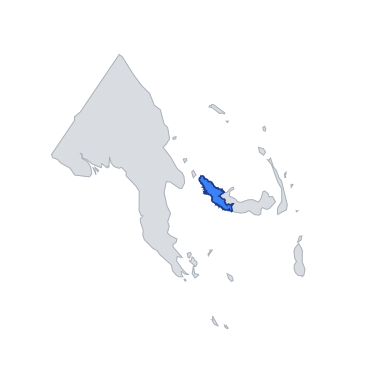 Kandrian/Gloucester District, West New Britain, Papua New Guinea (highlighted), rotated 35°
{"feature_id": "67681753B75341820849490", "entity_name": "Kandrian/Gloucester District", "entity_type": "district", "adm_level": 2, "iso_a3": "PNG", "parent_name": "Papua New Guinea", "parent_adm1": "West New Britain", "projection": "albers", "projection_center": [149.495, -5.876], "detail": "fine", "context": "in_parent", "style": "filled", "palette": "blue", "viewbox_px": 384, "rotation_deg": 35, "n_neighbors": 0, "source": "geoboundaries", "source_scale": "gbopen_adm2", "svg_char_len": 9117}
<svg xmlns="http://www.w3.org/2000/svg" viewBox="0 0 384 384"><g transform="rotate(35 192 192)"><path d="M55.4,241.9L54.8,200.8L52.6,197.8L54.6,190.4L53.5,121.0L57.5,121.3L76.7,129.4L89.6,133.7L100.8,135.6L111.3,142.5L118.9,142.8L130.3,152.4L134.9,153.0L143.0,161.1L143.5,167.7L142.6,171.9L154.8,175.8L166.5,181.4L172.9,181.9L176.4,183.9L180.7,188.7L181.6,195.1L179.1,196.3L168.2,196.3L165.1,198.4L169.5,208.5L179.4,217.7L186.8,221.9L189.1,230.3L192.8,232.9L195.3,239.5L199.1,240.2L206.6,239.1L207.8,241.9L206.7,246.1L207.8,247.8L221.5,251.3L216.9,253.5L219.0,257.3L228.0,260.6L233.5,261.9L236.9,261.5L233.0,263.4L229.5,262.8L228.8,263.4L230.3,265.0L233.2,266.7L230.1,268.9L227.2,269.2L221.6,267.8L216.8,263.6L201.8,261.8L196.6,260.0L192.5,260.6L180.3,258.4L176.4,255.5L173.7,251.1L166.5,245.8L164.8,243.2L165.5,239.7L163.5,240.3L159.4,237.7L148.3,221.6L142.6,219.3L128.7,216.6L126.7,213.4L120.1,212.3L118.7,214.4L113.4,215.9L108.9,214.4L104.3,210.5L109.7,219.4L107.8,219.4L108.7,220.8L107.7,221.0L101.9,220.5L103.7,224.2L94.2,226.4L87.1,225.8L83.7,226.7L82.3,226.6L80.4,223.9L77.8,224.5L80.0,224.5L82.8,227.6L88.7,227.1L94.5,229.4L99.5,234.7L99.3,238.4L86.2,245.4L78.5,242.5L67.3,243.5L63.3,242.4L58.3,243.8L55.4,241.9ZM255.1,149.7L257.9,151.6L260.7,149.6L266.0,152.1L264.9,161.0L263.2,163.5L258.7,164.4L258.1,165.7L261.0,170.9L259.8,172.8L255.9,174.8L249.4,174.5L247.7,178.1L244.1,181.3L230.1,187.7L214.9,188.2L209.9,184.2L204.7,184.9L197.7,180.3L191.8,178.4L190.6,176.6L190.7,174.3L192.4,173.0L202.9,173.2L209.5,175.0L218.3,173.9L220.7,172.5L221.6,166.8L223.0,164.4L224.5,165.5L222.7,169.9L224.8,173.9L231.0,172.8L235.0,173.7L238.0,172.5L242.4,166.3L246.0,163.5L252.3,162.1L252.2,157.5L250.0,151.2L250.9,149.4L255.1,149.7ZM331.4,196.2L330.6,198.3L330.1,197.6L326.9,199.4L323.3,198.8L320.0,196.7L317.6,193.1L317.5,189.0L314.0,187.2L309.4,181.9L308.5,178.5L308.9,172.9L315.6,176.2L322.4,186.1L328.9,190.5L331.4,196.2ZM279.5,152.4L275.0,161.3L272.2,157.6L271.1,155.0L270.9,148.2L263.7,138.0L256.3,134.5L241.3,123.9L235.3,122.2L236.8,121.7L236.8,119.1L244.2,124.7L248.8,126.0L255.0,130.3L259.2,131.8L277.4,147.8L279.5,152.4ZM159.2,108.1L173.5,108.4L173.7,109.6L171.8,109.8L169.4,111.9L160.9,111.3L157.1,112.5L156.9,110.9L158.3,110.5L158.0,108.9L159.2,108.1ZM231.0,245.0L233.6,246.5L235.8,246.3L237.5,248.1L237.7,250.9L236.8,251.6L236.2,250.7L229.3,250.1L230.6,248.5L229.3,245.2L231.0,245.0ZM229.5,120.8L224.5,120.7L220.7,117.3L225.7,115.6L229.4,117.2L229.5,120.8ZM241.1,257.5L244.4,255.7L245.1,256.3L243.9,260.7L238.9,258.8L235.6,251.7L241.1,257.5ZM267.6,238.8L273.0,238.1L275.6,240.0L276.4,240.7L275.8,242.6L271.3,241.8L267.6,238.8ZM279.9,281.8L290.1,286.7L286.3,287.5L283.1,286.2L282.7,285.0L281.4,285.4L282.1,284.6L279.9,281.8ZM184.9,179.6L180.3,175.9L180.6,173.4L185.4,175.6L184.9,179.6ZM227.7,247.7L226.3,247.8L223.3,245.2L225.1,242.4L227.2,243.4L227.7,247.7ZM307.4,172.7L305.5,166.7L307.2,164.9L308.9,168.7L307.4,172.7ZM169.1,172.3L165.9,170.0L168.3,167.8L169.7,168.9L169.1,172.3ZM217.1,100.2L215.3,100.6L213.0,98.7L213.6,96.5L216.3,97.9L217.1,100.2ZM148.2,157.7L146.4,159.8L145.1,158.2L147.2,155.8L148.2,157.7ZM241.9,227.8L242.0,234.9L240.6,233.5L241.2,230.5L239.8,229.7L241.9,227.8ZM100.6,230.2L103.7,233.1L96.3,228.5L100.6,230.2ZM103.3,229.5L99.2,228.3L98.4,227.4L103.2,227.8L103.3,229.5ZM299.7,282.7L299.4,283.7L296.7,283.8L295.0,282.4L296.7,282.7L296.4,281.7L299.7,282.7ZM270.5,128.0L270.6,131.3L268.7,128.9L270.5,128.0ZM260.4,126.2L259.7,127.0L257.8,124.7L258.1,124.3L260.4,126.2ZM237.8,267.6L237.5,269.0L235.7,268.3L235.9,267.4L237.8,267.6ZM258.8,123.6L257.4,124.0L257.6,121.7L258.8,123.6ZM181.1,113.1L181.3,114.7L179.3,114.4L181.1,113.1ZM289.4,146.6L289.1,148.2L288.0,147.7L289.4,146.6Z" fill="#d9dde1" stroke="#a8b0b8" stroke-width="1"/><path d="M218.6,173.7L218.1,173.4L217.9,173.6L217.7,173.3L217.3,173.2L217.4,173.6L217.2,173.7L217.2,173.9L216.3,174.1L216.3,174.5L216.2,174.3L215.3,174.2L215.5,173.0L215.5,172.8L215.1,172.5L215.0,172.8L215.2,173.4L214.5,173.3L214.3,173.5L214.1,173.5L214.0,173.3L213.8,173.5L213.6,173.4L212.5,174.0L212.2,174.0L212.1,174.3L211.9,174.6L211.5,174.5L211.1,174.2L211.1,174.5L210.7,174.6L210.4,174.2L209.8,174.8L209.6,174.5L209.0,174.8L208.3,174.6L208.1,174.8L206.9,175.1L206.5,174.7L206.8,174.6L206.5,174.3L206.1,174.2L205.9,174.3L205.0,173.6L204.4,173.7L204.5,173.6L204.2,173.3L203.8,173.5L203.5,173.2L202.9,172.8L202.7,173.0L202.5,172.7L201.8,172.8L200.9,173.3L200.6,173.1L200.1,173.8L199.8,174.0L199.4,173.9L199.2,174.1L198.9,173.8L198.5,173.7L197.9,173.2L197.1,173.3L196.8,173.1L196.5,173.1L195.8,173.6L195.3,173.6L195.1,174.1L194.6,174.2L194.0,174.0L194.0,173.5L193.7,173.4L193.5,173.0L192.8,172.9L192.7,172.6L192.2,172.5L191.3,172.8L190.8,173.2L190.4,174.4L190.5,174.9L190.3,174.7L190.4,175.3L190.1,176.1L190.1,176.5L190.4,177.2L191.0,178.0L191.6,178.5L192.5,178.8L192.6,178.7L192.7,178.9L193.6,179.0L194.0,179.2L194.0,179.5L194.5,179.8L194.9,179.8L195.0,179.4L195.5,179.3L195.5,179.2L196.0,179.5L196.1,179.9L196.4,180.1L197.2,180.0L197.6,180.5L198.2,180.3L198.4,180.6L198.4,180.9L198.6,181.1L198.2,181.7L198.7,181.5L198.7,181.2L198.9,181.3L198.9,181.2L199.4,181.1L199.8,181.4L199.9,181.8L200.4,182.0L200.0,182.3L200.0,182.7L200.4,182.4L200.8,182.7L201.0,182.7L201.3,183.0L201.3,182.9L201.8,183.1L202.1,183.0L202.4,183.3L202.5,183.1L202.7,183.4L203.0,183.2L203.0,183.4L202.9,183.5L203.2,183.5L203.2,183.2L203.4,183.0L203.5,183.5L203.1,183.7L203.3,183.9L203.0,183.8L203.0,184.1L203.3,184.1L203.6,184.2L203.8,184.5L203.7,184.8L203.9,184.8L203.5,185.0L204.0,185.2L203.8,185.5L203.6,185.5L203.7,185.3L203.4,185.3L203.5,185.8L204.1,185.4L204.4,185.5L204.8,185.6L205.5,184.7L205.6,184.4L205.4,184.3L205.5,184.3L205.5,184.1L205.7,184.3L205.7,184.5L206.2,184.3L206.2,184.5L207.0,184.5L207.5,184.2L207.5,183.8L207.6,184.0L207.9,184.0L208.1,183.8L209.2,183.8L209.4,184.0L209.8,183.9L210.1,184.3L211.3,184.6L211.5,184.5L211.5,185.1L212.0,185.4L212.2,186.0L212.6,186.2L212.7,186.8L212.8,186.3L213.1,187.4L214.1,188.2L215.0,188.1L215.6,187.9L216.7,187.8L217.7,188.0L217.7,187.8L217.8,188.0L218.2,187.9L218.6,188.1L218.8,187.6L219.2,187.9L219.3,187.8L219.3,188.1L219.5,188.3L219.8,187.9L220.2,187.9L220.5,187.5L220.8,187.6L220.8,187.8L221.2,188.1L221.4,188.0L221.4,187.8L221.5,188.2L221.3,188.5L222.0,188.1L221.7,188.0L221.7,187.8L222.2,187.7L222.2,187.3L222.6,187.4L222.7,188.0L222.9,188.1L224.1,187.5L224.4,187.2L224.7,187.1L224.9,187.2L224.9,187.5L225.2,187.6L225.5,187.5L225.5,188.0L226.7,187.9L226.6,187.7L227.0,187.7L227.1,187.8L227.3,187.6L227.2,187.9L227.3,188.0L227.7,187.6L228.0,187.8L228.8,187.8L229.1,187.5L229.8,187.5L230.3,186.8L230.2,187.0L230.7,186.6L231.1,186.4L231.7,185.6L231.9,185.8L231.9,185.5L232.1,185.4L232.2,185.7L232.5,185.4L232.5,185.0L232.7,185.3L232.9,185.2L232.9,185.7L233.6,185.3L234.0,185.3L234.4,185.0L235.0,184.9L234.9,185.1L235.1,185.1L235.2,184.8L235.3,184.7L235.4,184.8L235.4,184.4L235.8,184.2L232.5,181.2L232.5,178.0L232.2,178.2L232.1,178.6L231.7,178.6L231.8,179.1L231.3,179.5L231.4,180.2L231.2,180.6L228.7,180.9L228.3,182.6L228.4,182.9L227.9,182.8L227.6,182.6L227.1,182.8L226.8,182.5L226.2,182.3L226.1,181.9L225.7,181.7L225.4,182.0L224.9,181.6L224.3,181.5L224.1,180.2L223.9,179.8L223.5,179.8L223.3,179.4L223.1,179.3L222.7,179.2L222.2,179.4L221.2,180.2L220.7,180.1L219.1,179.9L218.3,179.6L216.5,179.9L217.1,179.0L216.8,177.5L217.0,177.3L217.2,177.2L218.6,173.7ZM203.3,184.2L203.0,184.2L203.0,184.4L203.5,184.5L203.6,184.4L203.3,184.2ZM202.3,185.2L201.9,185.2L202.2,185.4L202.1,185.9L202.3,185.3L202.3,185.2ZM222.8,188.6L222.8,188.2L222.7,188.1L222.6,188.4L222.8,188.6ZM220.3,188.4L220.8,188.2L220.3,188.4ZM228.3,188.0L228.4,187.9L227.9,187.8L228.3,188.0ZM213.2,187.9L213.2,187.7L213.2,187.9ZM203.7,186.2L203.6,185.9L203.6,186.1L203.7,186.2ZM203.2,184.6L203.1,184.8L203.4,184.7L203.2,184.6ZM203.0,185.3L202.9,185.0L202.7,185.1L203.0,185.3ZM200.7,182.8L200.4,182.5L200.7,182.8ZM203.3,185.6L203.1,185.4L202.9,185.3L203.1,185.6L203.3,185.6ZM202.0,186.1L201.9,186.2L201.6,186.1L201.8,186.2L202.0,186.1ZM210.9,173.7L210.9,173.9L211.2,173.9L211.1,173.7L210.9,173.7ZM217.5,188.7L217.4,188.6L217.5,188.7ZM203.4,185.9L203.1,185.7L203.1,185.8L203.4,185.9ZM227.4,188.1L227.2,188.1L227.3,188.3L227.4,188.1ZM212.9,187.2L212.8,186.9L212.7,187.1L212.9,187.2ZM213.0,187.5L213.0,187.3L212.9,187.2L212.8,187.4L213.0,187.5ZM202.8,185.6L203.0,185.6L202.8,185.6ZM203.6,184.7L203.8,184.5L203.7,184.5L203.6,184.7ZM226.9,188.2L226.6,188.2L226.9,188.3L226.9,188.2ZM203.6,184.9L203.6,184.7L203.5,184.8L203.6,184.9ZM202.7,185.5L202.8,185.4L202.7,185.3L202.7,185.5ZM219.2,188.1L218.9,188.0L219.0,188.1L219.2,188.1ZM218.9,188.8L219.1,188.7L218.9,188.7L218.9,188.8ZM227.0,188.5L227.2,188.4L227.0,188.5ZM218.1,188.5L218.2,188.4L218.1,188.5ZM202.5,183.8L202.6,183.7L202.5,183.8ZM226.5,188.1L226.4,188.0L226.5,188.1ZM219.6,188.4L219.5,188.5L219.6,188.4ZM229.2,187.7L229.4,187.6L229.2,187.7L229.2,187.7ZM202.8,184.5L202.8,184.4L202.8,184.5ZM215.8,173.0L215.6,173.1L215.8,173.0ZM201.9,184.2L202.0,184.2L201.9,184.1L201.9,184.2ZM228.3,188.0L228.5,188.0L228.5,187.9L228.3,188.0ZM228.6,188.0L228.7,187.9L228.6,188.0Z" fill="#3b82f6" stroke="#1e3a8a" stroke-width="1.5"/></g></svg>